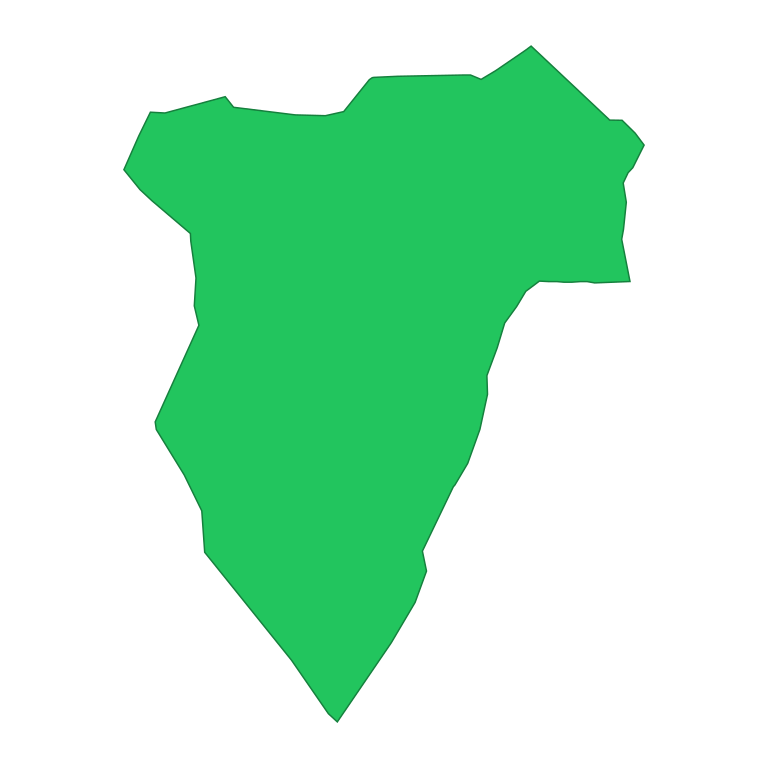 Gokana, Rivers, Nigeria
{"feature_id": "59680162B60219664923389", "entity_name": "Gokana", "entity_type": "district", "adm_level": 2, "iso_a3": "NGA", "parent_name": "Nigeria", "parent_adm1": "Rivers", "projection": "natural_earth1", "projection_center": [7.302, 4.635], "detail": "fine", "context": "isolated", "style": "filled", "palette": "green", "viewbox_px": 768, "rotation_deg": 0, "n_neighbors": 0, "source": "geoboundaries", "source_scale": "gbopen_adm2", "svg_char_len": 949}
<svg xmlns="http://www.w3.org/2000/svg" viewBox="0 0 768 768"><path d="M426.5,571.1L422.4,551.1L453.3,486.8L454.9,485.0L467.7,463.4L479.9,429.4L487.5,394.3L486.9,375.6L497.2,347.8L504.7,323.0L516.6,306.6L525.8,291.3L539.4,281.1L549.0,281.6L557.1,281.6L564.1,282.2L571.6,282.2L580.2,281.6L587.2,281.6L594.7,282.9L630.0,281.5L621.7,239.3L623.5,229.3L626.3,202.3L623.2,183.0L628.1,172.7L632.8,167.7L644.1,145.1L635.1,133.1L622.1,120.3L609.5,120.1L608.9,119.3L531.1,46.1L525.3,50.4L495.6,70.7L481.1,79.4L470.5,75.0L464.5,75.0L397.6,76.3L373.7,77.4L372.2,77.7L369.3,79.7L343.7,111.6L325.4,115.7L295.2,114.9L233.6,107.3L225.2,96.7L165.0,113.0L150.4,112.2L138.8,135.9L123.9,169.7L140.0,189.6L151.9,200.7L190.4,233.5L190.8,241.2L196.0,278.0L194.3,305.9L198.9,325.3L155.2,421.9L156.3,429.5L184.2,474.9L201.8,510.9L204.7,552.3L291.5,660.2L328.4,713.7L337.3,721.9L391.3,642.7L415.1,602.4L426.5,571.1Z" fill="#22c55e" stroke="#15803d" stroke-width="1.5"/></svg>